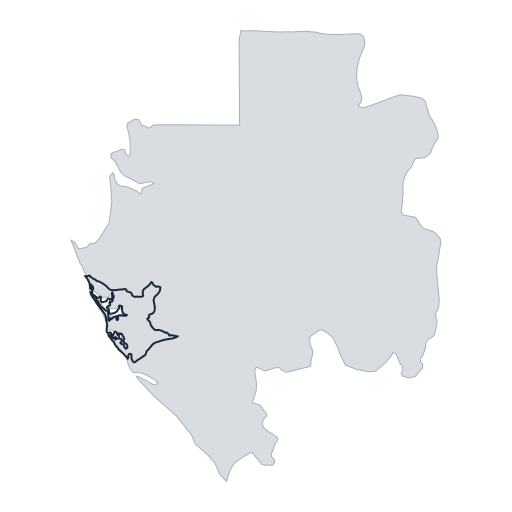 Etimbouè, Ogooué-Maritime, Gabon shown in context
{"feature_id": "22940354B22587364924270", "entity_name": "Etimbouè", "entity_type": "district", "adm_level": 2, "iso_a3": "GAB", "parent_name": "Gabon", "parent_adm1": "Ogooué-Maritime", "projection": "robinson", "projection_center": [9.502, -1.676], "detail": "fine", "context": "in_parent", "style": "outline", "palette": "slate", "viewbox_px": 512, "rotation_deg": 0, "n_neighbors": 0, "source": "geoboundaries", "source_scale": "gbopen_adm2", "svg_char_len": 9311}
<svg xmlns="http://www.w3.org/2000/svg" viewBox="0 0 512 512"><path d="M364.8,40.9L364.5,46.0L359.4,58.4L357.1,67.9L356.5,78.1L357.9,86.3L360.3,92.1L361.9,98.5L360.7,102.9L358.2,104.8L359.9,107.1L363.6,107.6L369.9,105.7L379.6,102.3L392.2,97.4L400.5,94.7L414.3,96.4L421.6,98.2L425.4,101.7L429.5,116.3L431.5,118.5L434.8,124.7L437.6,132.2L438.2,136.0L437.9,138.7L435.1,142.8L432.0,148.7L430.9,152.3L428.2,155.0L424.9,157.6L415.7,158.6L414.3,160.2L411.7,166.5L406.9,171.9L404.7,176.9L402.8,183.7L403.1,192.1L402.2,204.1L401.2,212.3L403.6,215.1L414.6,217.1L416.7,218.7L419.6,223.7L423.3,228.5L433.4,231.5L437.3,235.1L440.4,239.1L440.9,242.3L438.6,255.4L436.4,268.0L437.2,277.5L438.0,286.6L439.2,299.9L438.6,308.0L435.8,313.0L435.8,316.9L437.1,321.5L434.6,334.5L432.9,336.7L428.4,339.1L426.1,342.5L425.3,348.0L422.9,355.5L420.4,358.2L420.4,361.7L422.8,364.2L422.7,368.1L418.3,372.7L415.5,376.3L409.6,378.0L402.7,376.2L401.1,373.6L402.8,369.6L402.2,366.4L399.8,363.0L396.2,354.3L393.0,352.5L391.1,356.0L385.6,362.6L375.7,371.1L368.9,371.8L356.1,369.2L345.5,365.1L340.5,355.2L337.4,347.0L332.8,337.5L327.7,333.0L322.3,330.1L319.8,329.9L312.0,335.2L309.7,337.3L309.7,341.7L310.4,345.9L311.6,347.9L312.7,350.6L312.5,354.7L311.1,360.2L310.6,366.3L286.2,372.3L281.9,370.2L278.9,367.4L275.2,367.9L264.6,371.0L260.7,368.8L256.8,367.3L255.0,368.6L254.9,371.2L256.7,385.6L256.1,391.1L253.7,398.2L252.5,403.1L258.9,404.4L261.3,406.7L263.6,410.3L266.7,413.7L266.9,415.7L263.3,419.5L262.1,424.1L263.8,427.7L268.2,431.5L274.6,435.4L277.8,438.0L277.5,440.3L274.5,445.3L273.3,449.6L271.3,453.4L271.7,456.9L274.6,460.2L274.3,463.1L272.3,465.4L268.3,464.9L264.9,465.2L261.9,464.3L252.4,452.9L250.3,452.6L236.5,461.3L233.0,464.9L230.2,470.1L226.4,481.3L220.1,474.8L214.7,462.9L208.4,455.6L195.1,443.7L191.5,435.0L176.3,415.8L154.5,396.7L138.7,380.0L136.3,376.3L139.0,376.8L154.2,385.1L156.3,384.1L158.1,382.3L151.5,377.9L145.2,374.5L139.3,372.4L133.4,372.5L130.1,369.0L128.0,363.7L126.9,359.1L124.3,354.3L115.9,344.4L113.9,340.6L109.3,335.4L112.1,334.7L121.0,339.7L121.8,337.7L121.1,334.8L112.0,330.1L107.1,329.8L106.0,326.4L106.7,322.6L100.2,308.2L93.5,297.4L92.5,292.4L110.5,315.8L113.0,316.2L116.1,316.0L123.6,313.3L122.2,310.2L118.8,306.9L115.6,308.4L111.3,308.7L109.1,307.3L108.1,304.9L112.3,293.5L110.5,294.1L109.1,296.1L106.8,297.1L103.2,297.7L94.3,291.6L86.4,275.2L84.3,271.8L82.2,266.1L80.2,263.7L71.1,240.3L74.6,242.1L78.7,248.9L86.7,247.4L89.8,243.5L92.6,243.7L95.4,242.8L98.9,239.1L109.1,223.0L111.8,201.7L111.0,189.1L109.5,176.6L112.9,172.6L114.2,175.3L114.9,179.7L116.5,183.0L120.1,185.9L126.9,186.7L137.4,191.4L141.1,194.3L142.2,188.4L154.2,183.4L150.6,181.6L139.8,183.6L125.1,176.1L120.2,171.3L115.7,162.3L110.9,157.5L111.3,153.3L121.8,149.4L124.6,149.8L125.8,154.5L128.6,156.4L129.7,155.8L130.2,151.8L130.2,141.1L127.0,125.7L127.9,122.8L130.8,121.7L133.4,119.7L135.2,119.3L138.8,119.7L140.6,123.2L141.6,125.2L145.2,126.1L148.2,128.0L150.7,127.5L152.8,125.2L156.0,124.8L165.6,124.8L174.3,124.8L191.7,124.9L209.1,125.0L226.5,125.0L239.6,125.1L239.5,116.3L239.5,102.8L239.4,86.8L239.3,71.4L239.2,57.3L239.1,40.5L239.8,35.7L240.7,33.7L240.4,30.9L253.8,30.7L278.2,32.0L288.8,31.8L291.9,32.0L305.2,31.2L315.9,32.2L320.5,33.4L324.6,34.0L337.5,34.7L354.4,33.8L360.1,34.0L363.3,36.4L364.8,40.9Z" fill="#d9dde1" stroke="#a8b0b8" stroke-width="1"/><path d="M177.4,336.4L173.7,335.6L171.0,335.1L170.4,335.4L169.5,335.6L169.0,335.1L168.6,334.0L168.1,333.6L167.5,333.3L167.2,332.8L166.4,332.4L165.9,332.7L165.1,332.7L164.5,332.2L163.6,331.6L162.2,331.0L161.0,330.5L159.5,330.1L158.4,329.9L157.1,330.1L155.8,330.1L154.7,329.8L154.2,329.3L152.4,327.5L151.9,326.6L151.1,325.6L150.7,324.8L150.5,323.8L150.1,322.5L149.4,321.3L148.8,320.6L148.2,320.1L147.7,319.5L147.3,318.8L148.7,317.8L149.2,317.1L149.3,316.4L149.0,316.1L148.8,315.7L149.0,315.3L149.5,314.6L150.2,314.3L151.3,314.0L152.2,313.6L153.0,313.2L153.6,312.6L154.1,311.7L154.5,310.9L154.7,309.8L154.8,308.3L154.7,306.9L154.6,305.7L154.2,303.3L153.6,300.6L153.7,300.0L154.0,298.5L154.2,297.9L154.9,296.7L155.3,296.2L155.9,295.6L156.6,295.2L157.2,294.6L157.6,294.1L158.1,293.6L159.3,291.8L160.0,290.3L160.2,288.8L160.3,288.1L160.3,287.2L159.5,286.9L158.6,286.5L157.3,286.5L156.7,286.8L156.1,286.8L155.7,286.6L155.2,286.0L154.7,285.7L154.1,285.4L153.4,284.7L152.8,283.8L152.5,283.0L152.0,282.4L151.3,282.1L150.0,284.1L149.2,285.1L144.0,289.1L143.1,290.6L142.8,291.7L142.7,292.8L142.8,294.4L143.0,294.9L143.2,295.6L142.9,296.1L142.3,296.5L141.7,296.7L140.3,296.8L138.5,296.8L137.5,296.6L136.8,296.6L136.1,296.7L135.7,296.9L135.1,296.8L134.0,296.6L133.3,296.2L132.9,296.0L132.3,295.3L132.0,294.8L131.6,293.6L131.2,293.0L130.5,292.5L129.2,292.0L128.4,291.9L127.7,291.7L127.0,291.3L126.4,290.7L126.4,290.1L126.2,289.5L125.5,289.2L125.1,289.2L124.0,288.9L123.6,289.0L123.1,289.4L119.1,289.6L115.4,290.2L114.3,290.1L111.4,290.1L110.1,289.6L108.8,288.7L107.9,287.7L106.6,286.3L104.9,285.0L102.6,283.4L99.7,281.8L98.5,281.3L97.6,281.2L97.0,281.0L96.5,280.7L95.2,279.6L94.4,279.1L94.1,278.9L93.4,278.8L92.9,278.6L91.8,277.6L90.5,276.9L90.2,276.5L89.9,275.8L89.2,275.5L88.5,275.7L88.1,276.0L87.3,276.1L85.3,276.3L87.0,278.4L88.3,280.6L89.3,282.6L89.7,284.6L90.0,286.2L89.9,287.2L90.0,288.4L90.3,288.9L90.8,288.8L91.0,288.4L91.4,286.8L91.3,286.2L90.7,285.1L90.7,284.5L91.4,284.9L91.9,285.5L92.9,286.9L93.2,287.9L93.2,288.7L93.0,289.1L92.7,289.4L92.3,289.5L92.1,289.9L92.1,290.2L92.4,290.6L92.5,290.9L92.2,291.5L92.0,292.0L92.0,292.5L92.1,293.5L92.4,294.1L92.9,294.7L93.5,295.2L94.5,295.6L96.6,297.2L97.0,297.5L97.7,297.8L98.2,297.8L98.8,297.7L99.4,297.1L100.0,296.7L100.5,296.8L100.9,297.2L101.0,297.8L100.7,298.9L100.8,300.5L101.4,301.8L101.6,302.0L102.2,302.2L102.8,302.2L103.7,302.0L104.8,301.6L106.0,301.3L106.5,301.0L107.4,299.3L107.8,298.8L108.3,298.5L108.6,298.5L109.2,298.7L109.6,299.2L109.9,299.5L110.3,299.6L110.7,299.5L111.7,298.9L112.1,298.4L112.3,297.8L112.4,297.0L112.0,293.7L112.0,293.2L112.1,292.6L112.3,292.4L112.5,292.5L112.7,292.8L112.7,293.1L112.5,293.6L112.5,293.9L113.6,295.7L113.7,296.6L113.7,297.3L113.5,297.8L112.8,299.3L112.7,300.3L112.5,301.0L112.2,301.4L111.8,301.7L110.7,301.9L110.0,302.0L109.6,302.2L109.5,302.5L109.7,302.9L110.0,303.3L110.2,303.9L110.2,304.7L109.9,305.4L109.4,305.7L108.4,306.0L107.5,306.4L107.1,306.9L107.0,307.4L107.1,308.1L107.4,308.4L108.0,308.4L108.6,308.8L108.9,309.4L108.8,310.5L109.2,312.7L109.4,313.3L109.9,313.8L110.5,313.8L112.4,313.5L113.8,313.2L115.1,312.7L115.9,312.1L116.7,311.5L117.2,310.9L118.2,309.2L118.8,308.7L119.2,307.9L119.3,307.3L119.0,306.4L119.0,305.9L119.4,305.6L120.2,305.6L120.8,305.8L121.7,306.2L122.2,306.6L122.1,307.3L121.9,307.8L122.2,310.8L122.5,312.2L123.0,313.0L123.5,313.7L124.3,314.2L126.1,314.7L126.8,315.1L126.6,315.4L125.0,315.8L120.1,315.4L118.7,315.4L118.2,315.6L117.9,316.0L118.1,317.6L118.1,318.8L117.9,319.6L117.4,320.1L116.7,319.7L116.4,318.9L116.4,318.1L116.6,317.5L116.6,316.8L116.3,316.4L115.4,316.5L113.7,317.3L113.1,317.6L112.3,318.2L111.6,319.0L111.0,319.2L110.6,318.4L110.1,318.3L109.6,318.5L109.3,318.9L109.8,319.6L109.8,320.2L109.2,320.7L108.6,320.3L108.4,319.5L108.4,318.4L108.2,314.1L108.1,312.7L107.7,311.1L107.0,310.8L106.2,310.6L105.6,310.4L104.7,309.8L104.0,309.1L102.8,308.1L102.4,307.6L101.3,307.0L100.4,306.0L99.9,304.8L98.8,303.6L98.4,302.6L98.3,301.8L97.8,301.1L97.2,300.7L96.4,300.0L96.3,299.3L96.4,298.5L96.1,297.9L95.1,296.9L94.5,296.7L93.6,296.4L93.1,296.2L92.6,295.9L91.7,295.0L91.3,294.3L91.0,293.2L90.1,291.1L90.6,293.0L91.2,294.8L92.1,296.4L94.0,299.1L97.1,303.9L100.2,308.3L103.5,312.4L104.8,314.1L106.1,317.8L106.2,320.5L106.8,322.2L107.2,325.7L106.9,327.3L106.6,329.3L106.6,331.4L107.3,332.8L108.0,333.2L109.1,332.7L109.6,332.3L110.2,332.5L111.2,333.2L111.4,334.2L110.8,334.9L110.9,335.7L111.6,335.8L112.6,336.2L112.8,336.0L113.0,334.6L113.4,334.2L113.9,333.9L114.2,332.9L114.5,332.0L115.2,331.6L116.0,331.9L116.7,332.8L117.1,333.8L117.3,334.6L118.9,336.3L118.9,335.7L118.7,334.7L118.7,333.8L119.1,333.4L119.9,334.0L120.4,334.1L120.8,333.6L121.3,333.6L122.3,334.8L122.9,335.8L124.2,338.3L124.3,339.1L123.9,339.8L123.3,340.2L123.1,341.0L123.4,341.7L124.1,342.2L124.9,343.1L126.6,344.2L127.3,346.1L127.4,347.2L127.1,348.0L126.6,348.2L126.0,348.7L125.6,348.6L124.9,347.5L124.4,347.0L123.9,346.1L123.8,345.1L123.5,344.4L122.6,344.2L121.9,344.2L120.6,343.3L120.4,342.7L121.2,341.8L121.7,340.9L121.8,339.7L121.2,339.1L120.1,338.6L118.8,338.4L116.7,338.5L116.2,339.2L115.1,339.4L115.0,338.7L115.5,338.2L115.8,337.6L115.4,337.0L115.0,337.5L114.6,338.4L113.8,338.1L113.4,337.9L112.0,338.0L110.8,337.3L109.8,335.9L108.9,334.9L108.4,335.2L108.9,336.2L110.2,337.6L111.9,340.1L113.4,341.6L114.4,343.3L115.3,345.2L117.4,347.6L118.7,349.5L120.0,350.7L121.9,352.3L124.4,354.8L126.8,357.3L127.4,358.4L127.5,358.6L128.0,358.4L128.3,357.7L128.4,355.8L128.6,354.5L129.0,354.1L129.9,353.8L130.9,354.0L131.4,354.4L131.5,355.5L131.5,357.9L131.7,359.1L132.7,361.0L133.0,361.6L133.5,362.1L134.1,362.3L134.8,362.2L135.7,361.7L136.5,360.8L139.9,358.6L140.6,358.2L141.7,357.5L143.6,356.0L145.0,355.2L145.4,354.7L145.9,353.6L146.5,351.4L147.1,350.8L148.1,349.8L150.3,347.3L152.1,345.0L153.3,343.9L154.2,343.2L155.3,342.6L158.1,341.8L159.7,341.2L163.5,340.0L168.4,339.1L172.0,338.6L173.7,338.1L174.6,337.7L175.8,337.5L176.6,337.0L177.4,336.4Z" fill="none" stroke="#1e293b" stroke-width="2"/></svg>